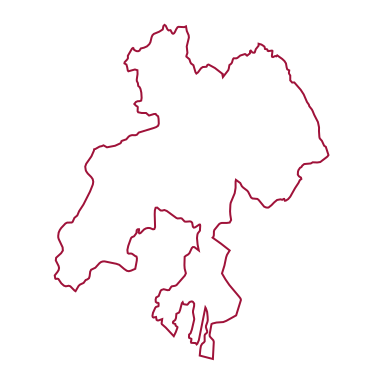 map outline of Jalisco (Equal Earth projection), rotated 181°
{"feature_id": "MEX-2719", "entity_name": "Jalisco", "entity_type": "State", "adm_level": 1, "iso_a3": "MEX", "parent_name": "Mexico", "parent_adm1": "", "projection": "equal_earth", "projection_center": [-103.449, 20.863], "detail": "fine", "context": "isolated", "style": "outline", "palette": "rose", "viewbox_px": 384, "rotation_deg": 181, "n_neighbors": 0, "source": "natural_earth", "source_scale": "10m", "svg_char_len": 5998}
<svg xmlns="http://www.w3.org/2000/svg" viewBox="0 0 384 384"><g transform="rotate(181 192 192)"><path d="M128.0,341.4L125.1,340.6L122.7,339.1L122.0,338.4L121.5,336.3L119.5,336.0L119.0,335.4L118.8,334.5L118.1,334.2L114.5,334.8L114.0,334.4L114.5,329.7L114.4,328.7L113.4,328.3L111.2,329.4L110.1,329.1L109.2,330.1L104.1,326.6L101.8,324.5L100.3,322.2L99.5,318.1L98.9,316.3L96.9,315.3L97.2,312.9L97.0,312.0L95.8,310.2L95.7,305.3L93.8,303.2L91.6,303.3L85.1,296.1L82.0,291.5L78.6,284.0L76.7,281.4L76.2,279.8L73.6,276.6L72.8,275.1L71.1,271.2L67.3,264.1L66.1,258.8L66.1,255.0L65.6,249.2L65.2,247.8L63.0,245.4L60.7,240.6L59.0,239.5L56.2,231.3L57.2,229.8L64.3,224.2L67.2,223.7L71.8,223.8L73.8,222.6L80.3,221.9L82.2,220.3L83.1,218.8L84.4,218.1L85.9,215.8L86.4,214.2L86.5,211.2L85.3,209.5L83.3,208.3L82.9,206.9L84.4,205.7L85.7,202.9L89.0,197.7L93.7,189.0L95.7,186.6L98.1,185.0L99.0,184.9L99.7,186.7L100.1,186.7L101.6,185.8L103.5,186.2L106.8,185.5L109.6,183.1L112.3,180.2L115.1,177.9L115.7,177.7L117.6,177.8L119.6,178.6L125.3,185.3L126.5,186.2L131.5,186.6L132.9,187.6L135.8,193.1L136.8,194.3L141.0,197.4L142.3,198.7L143.9,201.8L148.3,204.9L148.6,203.1L148.5,196.9L149.3,191.5L153.1,181.9L153.4,180.0L153.6,173.3L153.3,169.9L152.4,164.7L153.8,162.1L156.5,161.7L161.6,161.6L163.1,161.2L164.4,160.3L169.0,154.4L169.4,152.9L169.4,149.2L169.8,147.6L170.6,146.7L161.9,140.7L153.3,134.2L155.9,129.8L156.7,127.4L158.3,119.0L160.6,111.1L157.0,105.2L153.0,99.6L142.9,88.0L141.6,86.3L141.2,84.9L145.7,69.4L155.4,63.8L158.5,62.5L165.2,61.9L169.1,60.9L170.2,60.3L171.9,49.8L171.8,48.3L171.1,47.2L168.1,44.1L167.6,42.5L168.2,25.4L181.4,28.6L180.9,35.0L180.4,38.2L179.3,40.3L177.3,42.0L176.7,43.0L176.9,48.4L176.6,49.7L174.4,51.8L174.4,53.1L175.7,56.9L175.7,58.3L174.3,62.4L174.0,64.2L174.2,67.5L174.8,72.4L176.1,76.0L176.6,76.8L182.6,43.8L184.0,40.4L184.7,39.7L185.7,41.0L190.1,41.2L190.5,42.2L190.0,44.2L190.1,45.2L192.3,46.1L192.5,46.8L192.4,49.4L191.0,50.7L189.7,54.6L187.6,64.4L187.6,65.4L188.9,71.6L188.9,73.2L187.9,78.0L187.9,80.5L189.2,82.2L190.2,82.6L191.9,82.2L192.8,81.6L194.4,79.5L194.9,79.2L198.1,79.6L198.8,80.0L199.4,81.6L200.2,80.6L201.9,73.6L202.8,71.3L205.5,69.9L205.8,65.8L206.5,63.8L208.6,62.1L208.8,61.1L208.5,60.4L206.4,59.7L206.0,58.1L204.2,56.7L204.2,56.1L205.7,51.8L207.7,47.5L215.9,56.0L219.8,59.3L220.1,60.1L219.6,64.4L223.3,63.0L224.4,63.0L225.2,63.6L225.8,66.4L228.3,65.8L229.0,66.2L229.4,67.4L228.9,70.5L226.7,75.6L225.9,76.5L223.6,77.2L223.4,78.2L223.5,80.2L224.1,80.6L225.1,80.6L226.3,81.5L226.5,83.8L226.0,85.9L223.5,87.4L221.7,92.5L220.9,93.5L218.6,94.3L214.7,93.4L213.1,93.6L211.2,96.7L210.6,97.3L207.4,97.9L205.9,98.6L197.7,108.3L196.7,110.6L198.0,115.3L198.3,118.7L198.2,127.1L196.8,128.3L195.0,129.3L193.5,130.8L191.2,136.0L190.1,137.0L188.6,136.9L184.2,133.7L185.5,139.7L186.2,146.0L185.9,149.2L185.5,150.7L183.4,153.5L183.2,158.4L183.4,159.5L184.1,159.6L188.1,156.8L189.5,156.4L190.5,157.3L191.3,161.2L192.2,162.2L193.5,162.6L197.6,162.2L198.9,162.4L201.7,165.3L202.7,165.6L205.9,165.3L207.1,165.7L216.9,172.6L219.3,173.5L221.5,172.9L223.1,173.0L226.5,175.8L228.1,175.6L228.8,173.0L228.9,169.0L228.3,156.3L229.0,154.3L230.3,154.0L233.4,155.2L235.4,155.3L237.4,154.8L239.3,153.7L242.8,150.0L243.9,149.7L244.7,150.7L244.2,153.1L244.4,153.9L245.8,153.7L246.6,152.8L246.9,149.9L248.8,147.2L249.2,146.7L251.4,145.7L252.2,144.7L254.8,137.0L255.6,132.9L255.2,129.9L254.3,129.3L251.8,129.4L250.7,129.1L247.7,127.0L246.4,126.5L245.9,124.8L246.0,122.5L247.4,114.2L251.6,112.3L253.8,111.7L255.8,112.1L258.5,113.9L263.4,117.9L266.4,118.9L278.2,121.1L280.0,121.0L281.7,120.4L283.3,119.2L287.3,114.6L291.5,112.5L292.4,110.6L292.9,106.0L293.5,104.0L295.1,102.8L296.8,102.1L298.8,99.2L302.3,97.5L303.7,96.2L306.7,90.8L307.7,91.4L312.0,95.6L313.6,96.1L316.5,95.5L318.4,96.1L321.1,98.4L324.1,102.7L325.2,103.0L326.5,102.7L327.2,103.1L327.8,106.2L325.2,109.6L324.0,111.6L323.6,113.7L324.1,115.7L327.0,121.2L326.7,123.9L321.8,128.5L320.1,131.2L320.4,134.4L324.4,142.5L324.9,144.1L325.0,145.8L324.6,149.1L323.5,151.7L322.1,153.8L318.0,158.3L316.3,159.2L311.7,159.4L310.8,160.1L309.1,164.1L306.3,166.5L304.5,170.9L300.3,177.6L294.0,190.6L291.3,197.7L290.9,200.5L291.5,203.1L293.0,205.2L296.6,208.7L298.1,210.8L298.6,211.9L299.2,215.5L298.3,218.3L293.2,225.9L290.8,231.6L290.6,233.0L289.4,233.3L285.2,235.8L283.0,236.3L281.3,237.1L277.8,235.2L269.7,236.9L264.7,239.3L263.8,240.2L263.5,241.5L262.8,242.0L258.6,243.5L256.3,246.3L254.8,247.3L253.0,247.8L249.6,247.8L248.1,248.3L246.3,250.5L231.2,255.4L228.9,256.3L227.0,257.7L226.4,259.7L226.7,264.6L227.2,267.1L228.9,268.3L229.7,269.4L231.4,269.3L236.3,267.7L239.3,270.2L243.6,270.1L247.2,270.8L247.8,271.9L247.7,275.7L247.9,276.4L249.6,277.4L251.2,279.0L249.7,281.0L248.0,281.8L246.0,281.9L244.4,282.5L244.0,285.2L244.4,290.4L245.3,294.1L246.2,295.9L247.6,297.1L248.0,299.9L249.1,302.0L249.2,303.5L248.5,309.0L248.7,312.8L251.2,313.5L257.7,311.6L258.3,312.3L259.0,315.7L259.8,318.3L261.8,319.4L261.6,320.6L259.0,323.5L258.4,324.7L258.5,327.1L254.5,334.3L253.5,335.0L253.1,334.8L252.6,333.4L251.3,332.5L249.9,331.9L248.4,331.8L247.0,332.4L245.7,334.6L242.4,335.5L239.6,336.8L237.3,339.0L236.2,341.1L235.1,346.0L234.3,348.0L232.9,349.4L227.6,351.7L224.1,354.0L223.5,357.4L222.4,358.6L221.2,357.8L219.4,354.2L218.3,353.2L216.3,353.4L214.6,350.4L213.7,349.9L212.7,350.4L211.8,351.8L210.7,354.3L209.3,356.5L208.4,356.9L202.6,356.7L200.9,357.5L200.0,352.9L198.1,348.7L197.8,346.4L199.8,337.4L199.0,331.0L199.9,328.3L200.0,327.3L196.9,324.7L196.0,322.0L195.2,320.5L192.8,318.8L190.6,311.8L189.7,310.5L188.1,311.7L185.2,315.8L183.5,317.1L179.7,317.5L178.7,319.4L177.6,319.7L171.3,316.4L163.4,310.5L163.7,310.1L163.1,307.4L157.9,314.4L157.4,315.9L156.8,319.6L155.1,320.9L154.3,322.1L153.4,325.4L152.7,326.4L150.1,326.4L148.9,326.9L146.1,329.3L141.6,330.8L140.9,330.7L139.8,329.5L139.3,329.3L136.5,331.6L136.4,333.5L136.3,334.0L135.7,334.4L134.1,332.6L132.4,332.3L131.7,332.7L130.7,335.9L128.0,339.4L128.0,341.4Z" fill="none" stroke="#9f1239" stroke-width="2"/></g></svg>